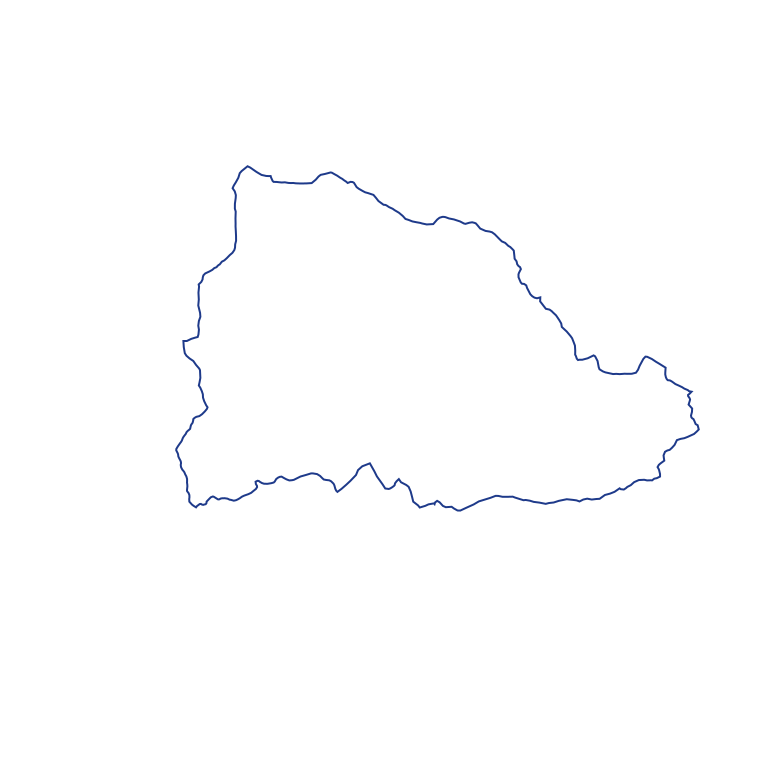 Kabjisa, Punakha, Bhutan, rotated 138°
{"feature_id": "84629894B81369433275324", "entity_name": "Kabjisa", "entity_type": "district", "adm_level": 2, "iso_a3": "BTN", "parent_name": "Bhutan", "parent_adm1": "Punakha", "projection": "albers", "projection_center": [89.724, 27.643], "detail": "fine", "context": "isolated", "style": "outline", "palette": "blue", "viewbox_px": 768, "rotation_deg": 138, "n_neighbors": 0, "source": "geoboundaries", "source_scale": "gbopen_adm2", "svg_char_len": 6166}
<svg xmlns="http://www.w3.org/2000/svg" viewBox="0 0 768 768"><g transform="rotate(138 384 384)"><path d="M490.8,335.0L485.8,334.5L479.5,334.4L473.8,334.5L465.7,335.1L460.9,337.4L455.2,337.4L447.6,334.5L449.6,325.5L451.1,320.1L452.2,310.4L453.0,305.5L451.7,304.0L450.7,302.8L449.2,302.2L447.0,301.8L444.8,301.6L443.8,301.7L442.3,302.8L439.8,303.3L436.6,303.4L437.1,299.6L435.0,294.0L434.5,291.1L436.1,286.3L438.9,280.9L441.0,277.0L439.9,270.9L440.1,268.3L434.8,265.8L431.5,264.8L426.8,261.9L426.8,260.9L425.3,261.8L422.7,261.6L421.8,258.8L421.8,254.0L420.5,251.1L415.9,247.5L415.3,244.6L414.0,240.8L412.0,238.9L405.5,236.9L398.0,234.5L392.1,233.3L381.1,228.2L375.9,226.2L373.9,224.3L371.5,221.0L368.7,218.4L363.7,214.1L362.6,211.9L358.1,204.3L356.3,203.0L353.7,199.7L351.6,196.2L347.9,191.9L344.0,186.7L341.1,185.2L337.2,182.4L332.3,180.2L325.3,176.1L321.0,171.3L318.8,168.7L317.3,165.9L313.2,164.8L309.7,162.8L306.9,159.1L303.2,156.5L300.6,154.4L294.1,153.7L289.4,151.3L284.8,149.6L278.7,148.8L278.5,147.5L276.4,145.1L274.0,144.7L272.0,144.7L268.3,143.7L263.8,143.7L258.9,142.1L254.7,138.7L253.0,136.3L250.1,133.9L249.3,133.0L246.5,132.8L244.3,131.5L240.8,130.5L239.1,132.4L237.2,135.9L236.7,137.2L236.3,139.2L233.9,140.0L232.0,140.0L227.0,139.5L225.3,142.1L224.0,143.9L220.5,145.6L217.9,145.0L215.8,143.9L212.7,143.9L208.8,144.3L203.9,146.3L200.4,144.8L197.1,142.8L193.7,141.5L187.0,139.4L183.1,139.4L180.5,139.6L178.5,143.5L179.2,145.7L178.1,148.8L177.5,150.9L177.9,152.2L177.9,153.5L177.0,155.1L173.8,157.2L171.4,159.6L171.4,164.9L167.7,167.1L166.8,167.8L166.3,169.4L166.1,171.5L165.4,172.4L163.2,172.3L160.6,172.5L162.1,174.5L162.3,176.2L163.9,179.6L164.6,182.2L166.0,185.6L167.5,189.0L168.1,191.9L168.5,193.6L169.1,195.3L170.6,197.0L170.6,198.4L170.1,200.2L168.6,202.9L167.1,204.5L163.8,207.7L166.0,215.3L167.0,218.5L168.2,223.3L170.2,228.1L171.4,229.4L174.5,229.1L181.8,226.5L185.7,224.6L189.2,223.8L193.0,225.8L196.0,228.4L198.4,230.7L202.2,233.6L204.6,236.1L207.1,238.1L211.7,244.5L212.9,246.9L214.0,250.7L213.2,252.8L209.9,258.2L208.6,263.3L209.1,265.0L215.4,266.8L220.3,269.3L222.6,271.3L223.8,272.0L223.8,273.8L222.7,276.3L222.3,277.9L219.5,280.9L216.4,284.8L215.1,288.1L213.6,292.1L213.3,294.7L213.1,300.7L213.7,307.4L211.8,310.4L211.0,314.2L210.2,319.9L210.6,324.7L210.6,325.8L211.2,328.5L213.4,331.6L212.7,340.9L209.9,343.8L212.9,345.3L214.4,347.5L215.1,350.1L215.2,352.8L213.4,359.7L212.3,362.1L212.9,364.6L214.4,366.2L214.4,368.0L212.6,373.3L210.7,375.5L209.3,376.3L205.4,377.8L204.7,379.8L205.1,381.7L204.9,383.8L203.4,386.5L203.1,389.7L201.6,391.7L198.3,396.3L198.3,398.0L198.5,401.3L199.2,403.5L199.5,407.8L201.0,411.1L201.2,413.9L201.5,421.1L202.2,424.5L203.5,426.6L206.1,429.8L208.5,435.1L208.3,439.4L208.3,442.0L209.0,443.3L210.3,445.2L212.6,446.7L216.3,448.5L217.2,449.8L218.7,453.9L220.6,457.2L221.9,459.5L224.9,463.5L226.7,466.9L227.8,468.3L228.7,469.1L231.5,470.4L234.4,470.6L240.4,469.9L245.5,474.0L248.2,477.7L249.3,479.5L251.8,482.7L254.1,485.8L255.9,489.4L257.6,492.3L257.6,496.2L258.3,501.3L259.8,506.1L260.3,508.4L261.9,512.1L262.6,514.9L263.1,516.1L264.4,517.5L265.7,523.7L265.4,527.8L265.3,531.6L268.2,536.7L269.7,539.0L270.7,541.7L272.1,546.0L272.6,548.6L271.7,553.6L272.2,555.1L273.6,556.6L276.5,557.7L276.7,559.6L277.5,562.7L277.7,564.2L278.5,566.5L279.4,570.2L280.4,573.0L281.4,576.0L282.2,577.0L284.8,578.3L287.5,579.7L291.1,581.8L293.8,582.0L298.0,581.5L303.3,581.7L307.8,585.3L312.1,589.1L315.2,592.1L317.0,594.2L318.7,595.6L320.5,597.4L322.7,600.2L325.3,602.3L328.6,606.0L330.8,608.1L330.9,609.4L329.8,612.9L329.1,614.4L330.6,615.7L332.4,617.5L333.3,618.8L335.1,621.3L336.3,625.1L336.9,627.1L338.6,634.4L339.7,637.1L347.2,637.5L350.1,637.2L354.3,634.7L359.3,633.0L362.8,632.0L365.5,630.8L366.0,627.0L367.7,623.5L369.7,621.5L374.2,617.7L377.5,614.1L378.8,611.4L383.6,606.4L386.8,602.7L389.0,600.3L391.8,596.8L395.0,592.9L398.1,589.4L401.1,587.4L403.5,585.0L405.6,583.7L408.9,582.9L412.3,583.0L416.7,582.7L419.9,582.7L422.7,583.4L426.1,582.8L427.3,583.1L428.8,583.1L429.8,582.9L431.1,583.1L432.4,583.7L435.2,583.7L438.3,584.4L442.9,585.8L445.5,585.6L447.3,584.5L448.9,583.1L451.5,582.1L455.1,582.0L456.2,580.2L460.8,576.0L465.1,570.7L469.5,566.6L473.1,559.9L475.5,556.8L479.4,554.7L483.0,551.6L485.1,548.3L488.7,545.0L491.0,543.6L493.3,544.8L497.0,546.5L501.8,547.9L504.3,550.2L508.1,545.4L511.4,540.2L511.9,537.2L511.4,533.1L510.3,528.7L510.9,524.0L511.0,519.1L511.5,517.4L516.4,511.4L520.2,508.5L522.6,506.8L523.0,504.2L524.2,500.5L525.5,497.6L527.6,495.0L529.1,491.6L530.4,487.1L530.7,484.8L532.2,484.0L535.5,483.5L539.5,483.3L542.7,483.7L545.5,485.2L547.6,485.6L549.3,485.5L549.9,484.8L552.1,483.3L553.2,483.0L554.1,482.9L555.3,482.4L558.1,480.4L560.1,480.4L561.2,480.5L563.1,480.3L564.6,479.6L566.8,479.2L568.3,478.9L569.8,478.4L572.1,477.2L573.8,476.7L575.0,476.5L578.9,475.6L581.8,474.7L582.8,473.7L583.2,472.2L583.6,470.7L584.0,469.7L584.5,468.9L585.2,468.0L585.7,466.7L586.6,463.1L587.2,461.8L587.9,460.9L589.2,459.9L590.4,458.1L590.7,457.2L591.2,455.3L591.2,454.0L591.4,452.0L592.1,450.1L592.5,448.5L592.7,447.6L593.9,445.2L595.4,443.5L596.4,442.5L597.4,441.0L598.6,439.5L601.5,436.9L602.0,436.2L602.1,435.2L602.2,433.7L602.9,431.8L603.6,430.9L604.7,429.7L605.7,428.9L607.4,426.8L607.4,422.9L607.0,420.8L606.2,418.1L604.7,418.4L601.3,418.1L600.3,417.4L600.1,416.5L599.3,415.2L598.0,414.6L597.0,414.0L595.8,414.2L594.5,415.3L591.9,415.5L588.5,415.7L586.4,414.9L585.9,414.0L584.6,409.4L583.8,408.6L581.9,408.1L580.8,407.4L578.8,405.7L577.0,403.5L576.1,401.3L575.4,400.5L573.7,397.8L571.8,396.7L569.9,396.1L567.6,395.6L564.9,395.3L562.6,394.6L558.5,392.9L555.5,392.0L552.7,391.9L549.4,391.7L547.3,392.3L546.6,393.2L546.1,395.5L544.8,397.3L542.7,396.7L541.9,395.6L541.7,394.3L541.3,393.1L541.0,392.1L539.9,390.2L537.4,387.8L534.1,385.7L531.9,384.6L530.5,384.6L527.7,385.5L525.3,385.3L523.5,384.7L522.1,383.7L521.2,380.9L520.3,378.4L518.9,375.7L516.8,374.1L515.1,373.1L507.9,371.1L502.8,368.6L498.1,366.4L496.7,365.2L494.0,361.8L493.0,358.4L492.9,355.9L492.7,353.4L491.3,351.5L489.1,349.0L488.4,347.1L488.2,343.7L488.7,341.9L490.3,338.7L490.9,336.7L490.8,335.0Z" fill="none" stroke="#1e3a8a" stroke-width="2"/></g></svg>